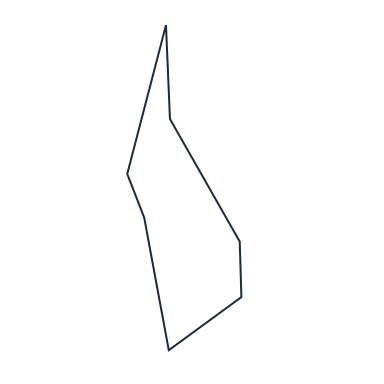 an SVG outline of American Samoa, rotated 280°
{"feature_id": "ASM", "entity_name": "American Samoa", "entity_type": "country or territory", "adm_level": 0, "iso_a3": "ASM", "parent_name": "Oceania", "parent_adm1": "", "projection": "orthographic", "projection_center": [-170.708, -14.309], "detail": "fine", "context": "isolated", "style": "outline", "palette": "slate", "viewbox_px": 384, "rotation_deg": 280, "n_neighbors": 0, "source": "natural_earth", "source_scale": "50m", "svg_char_len": 260}
<svg xmlns="http://www.w3.org/2000/svg" viewBox="0 0 384 384"><g transform="rotate(280 192 192)"><path d="M151.5,247.6L97.1,258.9L32.2,196.6L158.4,149.4L198.5,125.1L351.8,137.4L260.1,157.6L151.5,247.6Z" fill="none" stroke="#1e293b" stroke-width="2"/></g></svg>